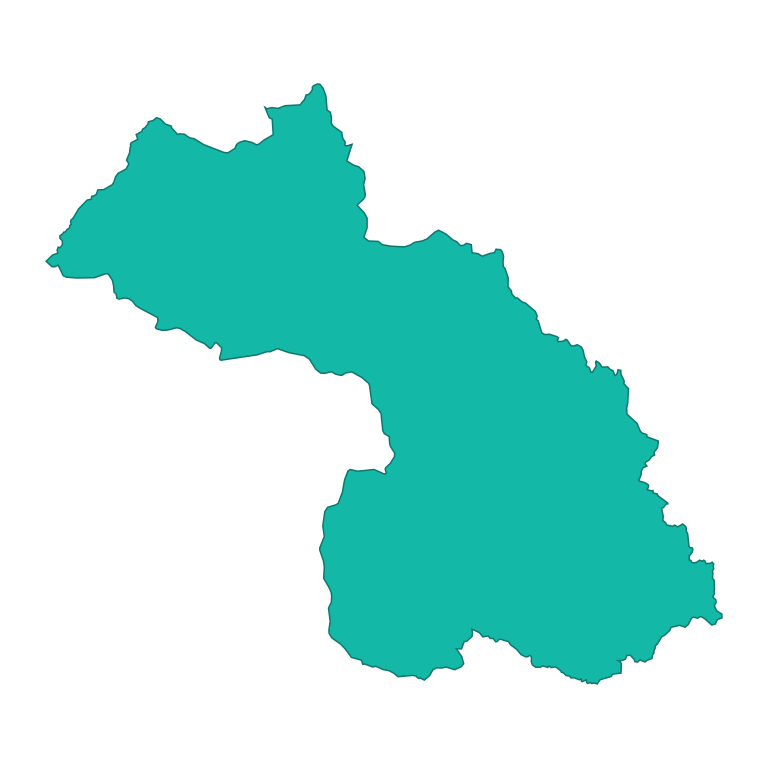 Thuong Xuan, Thanh Hóa, Vietnam (Natural Earth projection)
{"feature_id": "81297802B72882386082996", "entity_name": "Thuong Xuan", "entity_type": "district", "adm_level": 2, "iso_a3": "VNM", "parent_name": "Vietnam", "parent_adm1": "Thanh Hóa", "projection": "natural_earth1", "projection_center": [105.249, 19.914], "detail": "fine", "context": "isolated", "style": "filled", "palette": "teal", "viewbox_px": 768, "rotation_deg": 0, "n_neighbors": 0, "source": "geoboundaries", "source_scale": "gbopen_adm2", "svg_char_len": 6087}
<svg xmlns="http://www.w3.org/2000/svg" viewBox="0 0 768 768"><path d="M153.1,120.5L148.3,121.8L147.8,124.3L144.9,127.8L142.5,129.2L141.8,131.4L136.2,134.5L137.8,139.3L131.2,142.7L130.4,144.6L130.9,146.1L130.2,147.2L129.6,152.7L126.5,160.2L128.6,163.3L128.6,164.3L126.1,169.0L118.0,173.4L115.6,176.7L113.8,182.3L112.1,184.8L103.7,189.6L97.8,189.9L96.3,194.5L92.9,196.3L91.7,196.2L91.3,199.2L87.1,200.1L78.6,208.9L73.3,217.8L71.0,220.2L70.6,221.8L71.2,224.5L69.9,225.3L69.4,228.0L67.0,229.5L65.4,231.9L63.7,232.2L62.7,233.8L59.9,235.7L60.0,238.5L62.2,240.6L62.5,244.3L60.3,247.7L58.2,247.1L57.1,250.2L57.9,253.0L52.5,255.1L46.1,261.3L52.1,266.8L55.4,266.6L58.2,265.2L63.3,275.8L66.5,277.2L76.6,278.0L94.4,277.7L105.8,273.7L108.4,274.0L112.4,280.4L113.6,286.0L114.0,292.0L116.1,294.1L117.0,298.4L119.0,299.1L124.5,297.9L128.9,298.7L132.6,301.3L135.7,305.4L139.4,307.9L157.7,317.6L157.9,321.7L155.4,327.3L156.1,328.6L162.0,330.3L167.4,330.1L176.5,327.8L179.6,328.3L185.5,331.6L196.1,339.9L204.5,343.6L209.9,348.4L211.1,348.1L215.1,342.9L216.5,342.7L221.5,347.6L221.5,350.8L219.5,358.2L220.0,359.7L221.0,360.2L256.9,354.9L266.9,351.7L270.2,351.7L277.4,348.6L289.1,352.7L304.4,355.7L309.4,359.1L315.7,369.1L320.5,373.0L324.4,373.4L331.4,371.7L335.7,374.2L340.6,375.3L342.2,375.2L345.7,372.9L351.8,371.9L361.9,377.5L368.5,383.2L369.5,385.3L372.0,403.7L378.1,409.2L381.0,413.2L382.8,430.7L384.3,433.6L389.2,436.6L389.7,443.9L390.4,446.4L394.5,452.8L394.6,456.4L390.2,463.5L385.6,467.8L385.2,469.0L386.1,473.0L385.6,473.9L384.0,473.9L374.1,469.5L357.7,471.2L350.2,469.5L348.0,470.9L344.6,479.8L342.4,492.2L338.2,503.4L335.4,505.0L327.6,507.3L324.8,511.7L322.8,525.9L324.3,536.5L319.9,547.5L319.7,549.8L323.5,561.1L324.3,567.2L323.7,578.4L328.9,587.2L331.2,592.4L331.7,596.3L331.3,602.3L328.5,608.1L330.2,621.3L328.9,629.9L329.1,633.4L331.9,638.0L340.5,644.0L345.4,649.1L351.4,657.4L360.6,659.9L361.7,660.8L362.7,664.2L365.1,664.1L372.6,667.0L375.8,666.3L383.0,669.5L389.3,670.8L393.9,673.2L398.0,676.7L412.8,675.4L415.7,676.0L418.4,678.3L420.5,678.1L424.3,680.1L429.6,675.6L432.8,670.0L436.5,667.8L441.9,668.0L445.9,667.0L454.8,669.7L461.2,666.7L463.7,663.8L461.8,656.7L456.4,648.8L461.5,648.9L464.0,641.9L467.0,641.0L471.9,636.7L472.6,633.4L471.9,629.1L479.5,632.7L482.8,636.9L488.2,635.9L490.1,638.4L493.3,638.6L495.6,641.8L497.0,641.6L499.2,639.4L500.8,639.3L508.6,641.7L510.3,644.6L516.6,649.3L521.0,654.6L525.6,656.8L527.8,656.7L529.3,655.5L530.7,656.0L531.5,657.2L531.3,661.8L532.4,664.9L535.8,667.3L540.6,667.1L542.5,665.9L547.7,667.4L549.0,666.0L551.2,667.6L554.8,666.9L556.8,667.7L560.9,670.9L561.3,672.2L563.1,672.6L566.2,675.6L569.6,676.0L571.0,678.0L574.1,677.7L579.4,679.8L581.2,679.0L581.5,681.3L582.5,681.6L586.3,679.9L586.6,682.2L587.5,683.4L590.4,682.6L591.5,683.5L594.7,683.0L597.2,684.0L600.2,679.7L611.2,676.5L612.5,674.2L621.0,673.0L621.4,663.8L620.2,661.8L618.1,660.6L622.1,660.5L625.5,659.1L626.7,655.6L630.2,655.2L634.3,659.5L634.8,661.6L637.7,662.1L639.8,659.9L645.1,662.0L646.8,660.4L652.0,658.5L652.6,654.9L653.8,653.4L654.1,650.3L655.2,648.3L655.1,646.2L657.5,643.9L661.6,636.8L664.6,635.3L669.9,630.4L670.9,627.4L679.6,625.3L685.2,627.2L688.5,624.2L691.5,618.2L693.5,617.1L697.4,618.2L700.3,616.6L701.5,616.9L704.6,618.6L711.7,625.0L715.3,624.0L717.4,619.5L721.9,618.0L721.9,614.2L716.9,610.9L715.7,608.8L714.4,605.8L716.1,602.3L715.8,599.8L712.7,597.1L714.6,593.4L714.0,591.8L714.5,589.1L714.1,580.1L712.5,578.3L712.9,573.0L712.4,571.2L713.7,568.5L713.2,566.4L713.7,564.0L712.2,562.2L710.3,563.3L706.1,563.7L705.0,561.1L703.8,560.2L702.2,561.2L699.6,560.2L696.6,562.4L692.3,562.9L690.8,560.3L689.2,559.9L689.2,556.0L692.0,552.6L692.9,549.3L692.0,547.7L689.8,547.6L689.0,546.4L687.7,534.0L686.3,531.1L686.3,528.1L685.5,526.3L682.6,524.0L677.8,526.9L674.6,525.1L672.6,526.3L666.8,525.0L665.7,522.9L662.8,520.4L663.3,516.6L661.6,508.2L663.5,507.5L666.0,504.2L667.8,503.9L667.8,503.1L657.9,495.7L657.3,494.0L653.1,492.9L653.0,490.5L651.2,490.9L647.2,489.6L648.6,486.3L648.4,484.9L645.0,482.7L639.2,481.0L639.0,480.0L641.3,474.4L641.2,471.4L643.0,467.8L646.9,466.1L645.3,464.1L645.4,462.3L648.8,460.3L651.8,456.4L654.6,455.1L654.0,452.1L657.5,447.8L658.4,441.1L647.0,436.8L646.8,434.6L641.9,432.9L640.1,430.8L637.0,423.3L627.1,414.3L626.6,408.4L627.7,403.3L628.5,388.6L623.9,383.8L624.2,381.0L620.9,374.0L620.9,370.4L618.0,369.8L617.0,374.0L615.4,375.5L614.6,375.0L613.0,370.6L610.4,369.6L607.8,366.9L602.0,367.1L599.4,363.0L596.3,361.0L595.6,361.8L596.2,366.0L592.6,372.0L590.9,372.2L589.4,367.9L585.8,365.3L586.8,361.8L584.6,357.3L583.0,350.1L581.4,347.0L577.1,344.7L573.4,346.1L570.8,345.5L567.2,340.1L565.8,339.3L563.3,341.2L558.3,341.6L557.4,340.2L558.6,337.8L556.8,336.6L549.3,334.2L544.8,334.6L541.8,332.8L538.1,320.7L536.4,319.5L537.1,315.6L535.4,311.5L525.8,303.3L522.1,301.9L517.4,298.0L515.4,297.8L511.9,294.2L511.4,290.9L508.0,286.7L508.2,277.8L505.1,268.7L503.3,266.4L503.0,262.0L503.6,256.3L502.4,252.2L500.7,249.7L496.0,249.2L494.5,252.7L490.0,253.4L482.3,256.2L477.9,253.6L472.1,252.8L471.3,244.6L466.4,243.3L463.7,245.3L460.4,245.6L456.8,241.8L452.8,239.8L445.9,234.0L438.5,230.2L434.7,232.2L427.1,238.9L422.4,240.9L414.4,242.4L410.5,244.9L404.6,246.9L390.7,246.2L382.4,244.7L378.3,241.4L368.6,241.0L363.8,237.4L367.1,227.8L367.1,218.0L364.2,212.7L357.0,205.2L363.3,199.4L364.8,197.1L365.4,194.4L363.6,184.8L365.1,178.3L363.8,171.3L358.7,166.8L353.7,165.2L346.8,160.9L352.1,144.3L346.8,145.9L345.1,145.5L345.1,142.0L342.8,138.4L341.7,132.3L333.3,126.3L331.3,123.3L331.5,118.4L330.4,112.3L327.1,110.1L325.9,95.9L323.0,88.1L319.8,84.2L317.3,84.0L313.7,85.6L312.3,87.2L312.4,89.5L310.6,92.5L308.3,94.7L306.2,94.8L304.5,99.5L299.9,104.9L285.0,105.7L278.0,108.4L271.9,107.6L266.9,108.7L265.0,107.4L269.2,117.7L272.2,119.1L273.2,134.7L264.4,139.8L258.9,144.1L256.5,144.8L252.2,142.5L244.7,140.7L239.5,142.3L236.7,144.3L234.8,148.5L227.8,152.9L223.7,152.4L203.7,144.6L194.3,138.8L189.5,137.8L184.4,134.2L179.7,133.8L177.7,134.5L171.7,128.0L171.3,126.1L165.4,124.1L160.1,118.8L156.5,117.7L153.1,120.5Z" fill="#14b8a6" stroke="#0f766e" stroke-width="1.5"/></svg>